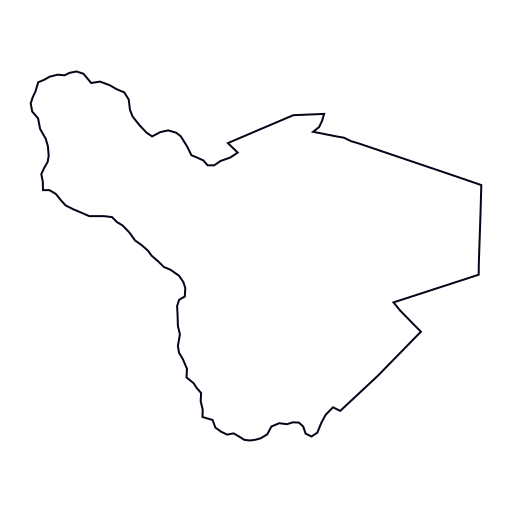 Novo Triunfo, Bahia, Brazil (Robinson projection)
{"feature_id": "56859067B45610866333733", "entity_name": "Novo Triunfo", "entity_type": "district", "adm_level": 2, "iso_a3": "BRA", "parent_name": "Brazil", "parent_adm1": "Bahia", "projection": "robinson", "projection_center": [-38.496, -10.365], "detail": "fine", "context": "isolated", "style": "outline", "palette": "ink", "viewbox_px": 512, "rotation_deg": 0, "n_neighbors": 0, "source": "geoboundaries", "source_scale": "gbopen_adm2", "svg_char_len": 1664}
<svg xmlns="http://www.w3.org/2000/svg" viewBox="0 0 512 512"><path d="M343.9,137.7L337.4,136.6L313.1,131.8L319.1,127.1L322.1,120.7L324.1,113.9L293.3,115.2L256.6,130.8L227.9,143.1L237.7,152.6L230.3,157.5L220.5,161.0L214.2,165.3L207.6,165.3L203.3,160.4L197.6,157.8L191.4,155.2L187.3,146.8L180.8,136.3L176.1,132.7L168.2,130.4L160.3,132.1L152.1,136.4L146.6,132.7L139.3,125.0L132.6,116.5L130.0,110.0L128.7,99.5L124.3,92.4L116.4,89.1L109.5,85.1L100.0,81.6L91.2,83.0L83.4,73.7L76.5,71.5L69.7,72.8L64.5,75.3L57.6,74.7L49.6,76.7L44.4,79.7L38.2,82.3L35.5,91.3L32.7,97.3L30.7,103.4L32.2,111.5L38.1,118.4L40.1,128.9L45.7,138.7L47.9,146.2L48.7,155.8L47.7,161.8L44.2,167.9L41.3,174.1L42.8,181.6L43.0,190.1L49.4,190.1L55.9,194.0L61.1,200.5L65.6,205.4L73.1,209.2L80.5,212.3L89.2,216.1L96.5,216.1L103.7,216.1L112.0,217.1L117.0,222.1L122.6,225.5L129.2,232.3L135.1,240.5L141.5,245.0L147.9,250.6L151.5,255.6L157.9,261.1L163.8,266.9L170.5,269.8L179.0,275.7L183.3,282.0L185.3,288.0L184.8,296.5L179.1,299.8L177.1,306.1L177.6,315.8L177.9,325.9L179.9,334.4L177.9,346.0L179.0,352.6L183.1,359.7L187.0,368.9L186.5,377.4L193.6,383.2L196.7,388.0L201.1,393.0L200.7,401.4L202.7,409.6L202.5,417.0L212.6,420.0L215.3,427.5L221.1,431.7L227.1,434.6L233.6,433.4L239.7,436.9L244.2,439.8L249.7,440.5L255.2,439.8L260.6,438.3L267.2,434.4L271.4,426.5L279.3,423.2L286.9,424.2L293.0,422.3L298.9,422.6L303.2,426.5L305.6,433.6L311.5,436.5L317.3,432.7L321.3,422.9L325.7,414.7L333.0,407.3L340.2,410.9L377.6,376.0L420.9,331.7L412.5,323.2L400.1,310.5L393.5,302.4L478.7,274.7L478.8,264.1L480.5,213.8L481.3,185.1L452.2,175.1L357.7,143.1L351.1,141.2L343.9,137.7Z" fill="none" stroke="#020617" stroke-width="2"/></svg>